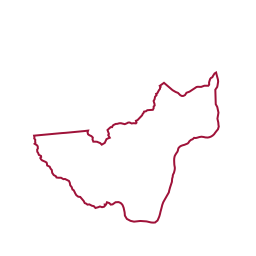 outline of Triunfo, Rio Grande do Sul, Brazil, rotated 294°
{"feature_id": "56859067B51125983090537", "entity_name": "Triunfo", "entity_type": "district", "adm_level": 2, "iso_a3": "BRA", "parent_name": "Brazil", "parent_adm1": "Rio Grande do Sul", "projection": "equal_earth", "projection_center": [-51.557, -29.812], "detail": "fine", "context": "isolated", "style": "outline", "palette": "rose", "viewbox_px": 256, "rotation_deg": 294, "n_neighbors": 0, "source": "geoboundaries", "source_scale": "gbopen_adm2", "svg_char_len": 3061}
<svg xmlns="http://www.w3.org/2000/svg" viewBox="0 0 256 256"><g transform="rotate(294 128 128)"><path d="M155.5,208.4L157.3,209.2L158.9,209.5L161.3,210.1L163.4,210.7L166.3,210.3L167.6,209.4L169.8,208.2L172.9,205.9L178.8,204.4L183.5,201.0L185.4,198.5L198.5,192.2L201.8,192.8L203.2,192.5L205.1,192.0L207.0,191.5L208.9,190.4L210.0,189.5L212.7,187.3L214.5,185.9L213.0,184.9L210.4,184.5L208.7,184.4L207.4,183.4L206.0,183.1L202.7,183.5L200.6,184.5L199.3,184.2L197.7,180.6L195.3,178.1L194.0,174.9L193.3,173.9L192.3,173.3L186.2,169.4L184.0,167.1L181.3,166.7L179.9,165.6L179.2,164.3L179.2,162.5L180.4,159.4L180.3,156.8L180.7,153.3L182.1,148.6L183.9,142.5L179.4,139.9L178.8,141.1L177.8,140.9L176.8,141.3L175.2,140.9L171.4,140.6L170.6,139.8L169.5,140.7L167.6,140.0L165.0,140.6L163.1,140.4L161.8,141.5L160.8,142.4L159.4,143.2L158.1,142.7L156.4,143.4L154.7,143.3L153.2,140.4L152.1,138.4L150.6,137.6L149.5,136.0L148.3,136.1L146.9,135.7L145.3,135.7L139.1,133.5L137.8,132.3L136.3,133.6L135.4,133.3L134.7,131.2L133.6,129.4L133.7,127.3L133.0,125.9L131.9,125.1L130.2,123.5L129.5,119.6L128.7,118.0L127.5,116.6L126.7,115.1L124.8,113.5L123.8,113.1L122.3,113.1L121.7,111.8L119.5,110.8L117.8,110.1L114.8,113.0L113.5,112.8L111.7,115.3L110.3,113.9L109.1,112.9L104.9,112.8L102.1,110.8L102.9,108.8L102.8,105.1L101.4,101.9L103.0,100.3L105.0,99.7L105.7,97.8L105.7,95.6L106.0,94.1L107.6,92.8L109.4,92.6L107.7,89.8L98.4,73.3L96.2,69.2L82.8,45.3L81.6,46.2L80.3,46.6L79.6,48.0L77.7,48.8L76.7,49.5L75.6,49.1L75.2,51.9L74.5,53.0L72.6,54.0L71.3,53.8L69.4,54.8L68.7,56.0L67.2,57.5L67.1,59.8L66.2,60.5L64.9,60.1L64.0,61.3L63.5,62.7L63.5,66.4L63.3,67.7L62.2,68.6L60.9,69.4L60.8,72.2L59.4,73.8L58.6,75.5L57.6,76.1L56.2,77.0L54.8,79.3L54.6,81.7L53.7,82.8L54.3,84.8L55.3,87.0L55.0,89.8L55.8,91.2L55.6,95.6L54.4,97.0L52.1,98.6L51.1,100.6L49.2,102.3L49.1,103.6L48.2,104.8L46.9,106.3L45.6,108.1L45.0,110.5L45.6,112.4L44.4,114.9L43.3,117.2L41.8,119.0L41.9,120.7L41.5,122.1L42.5,123.8L42.3,126.7L42.7,128.5L41.7,130.8L43.6,133.1L44.9,134.3L45.1,136.5L46.3,138.1L47.6,138.6L48.6,137.9L49.1,139.1L51.6,139.0L51.8,141.5L51.0,143.4L52.0,145.0L55.1,146.8L56.5,149.6L56.5,151.8L55.7,153.9L54.9,154.9L53.3,156.5L49.6,159.2L46.7,160.8L44.5,163.9L44.2,168.1L44.5,169.6L44.9,171.6L48.1,177.1L49.0,179.6L50.2,182.9L51.1,187.5L51.8,189.5L52.7,191.2L54.0,191.8L55.5,192.6L56.6,192.6L58.0,192.6L59.1,192.6L60.4,192.5L62.5,192.2L64.4,191.8L67.6,191.3L70.0,190.9L71.6,190.6L74.5,190.4L76.8,190.6L85.8,191.5L87.6,191.1L90.9,190.6L93.8,190.3L96.7,190.0L98.0,189.5L99.9,188.9L101.6,188.7L102.9,188.2L104.3,188.1L105.3,188.2L106.4,188.1L107.5,187.9L108.6,187.7L109.9,187.3L111.2,186.7L112.3,185.9L113.6,185.1L115.2,184.3L117.0,183.4L119.0,182.6L121.2,182.1L123.1,182.2L125.0,182.5L126.4,182.8L127.9,182.7L129.1,182.4L130.1,182.3L131.2,182.6L132.7,183.3L134.2,184.7L135.6,186.4L138.1,188.8L139.4,189.3L140.7,189.4L142.8,190.4L144.0,191.6L145.9,192.4L146.4,194.0L147.4,195.3L148.7,196.8L149.9,198.6L150.5,200.6L150.9,202.6L151.7,204.7L152.7,206.1L153.9,207.3L155.5,208.4Z" fill="none" stroke="#9f1239" stroke-width="2"/></g></svg>